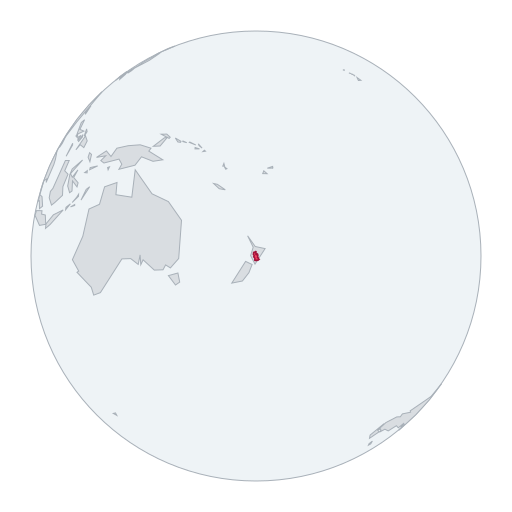 Manawatu-Wanganui on an orthographic globe
{"feature_id": "NZL-3334", "entity_name": "Manawatu-Wanganui", "entity_type": "Regional Council", "adm_level": 1, "iso_a3": "NZL", "parent_name": "New Zealand", "parent_adm1": "", "projection": "orthographic", "projection_center": [175.592, -39.627], "detail": "fine", "context": "on_globe", "style": "filled", "palette": "rose", "viewbox_px": 512, "rotation_deg": 0, "n_neighbors": 0, "source": "natural_earth", "source_scale": "10m", "svg_char_len": 5919}
<svg xmlns="http://www.w3.org/2000/svg" viewBox="0 0 512 512"><circle cx="256" cy="256" r="225" fill="#eef3f6" stroke="#a8b0b8"/><path d="M272.6,166.4L272.9,167.9L272.6,168.1L272.6,166.4ZM401.0,428.4L398.7,430.3L399.7,429.1L404.7,424.2L400.7,426.8L404.1,423.0L398.3,427.8L396.4,425.7L388.2,430.9L384.9,429.2L379.4,432.2L380.9,430.3L380.6,429.0L378.0,429.8L386.0,422.5L396.8,416.9L400.3,416.8L402.4,413.9L410.6,412.2L410.2,410.8L423.8,401.5L431.1,396.4L441.7,383.6L429.5,399.7L415.9,414.7L401.0,428.4ZM358.4,80.5L357.0,77.5L360.9,80.3L358.4,80.5ZM354.1,75.1L355.0,76.2L353.8,75.2L354.1,75.1ZM351.9,74.0L353.5,74.8L351.7,74.2L351.9,74.0ZM348.9,72.9L350.5,73.4L350.3,73.5L348.9,72.9ZM344.2,70.4L342.9,69.8L344.3,69.9L344.2,70.4ZM370.1,435.1L384.1,423.6L377.4,429.9L379.1,431.8L369.5,438.3L370.1,435.1ZM372.4,441.1L370.7,443.9L368.4,445.2L369.1,443.6L372.4,441.1ZM126.9,71.4L125.9,72.4L122.3,75.3L115.5,80.4L120.6,76.0L119.1,77.1L126.9,71.4ZM101.9,91.7L101.5,92.4L95.6,99.4L76.7,122.0L66.2,135.8L64.3,139.1L63.2,139.8L57.1,150.5L55.4,159.4L53.8,164.6L46.1,182.5L46.8,178.9L43.8,180.8L39.9,194.7L42.0,196.6L42.6,206.2L39.5,208.6L39.3,200.7L38.3,201.1L41.0,189.5L42.8,183.1L49.5,166.0L57.5,149.5L66.8,133.8L77.3,118.8L89.0,104.8L101.9,91.7ZM113.3,413.4L115.5,412.9L116.8,415.4L113.3,413.4ZM70.5,206.9L74.7,204.5L74.7,205.5L70.5,206.9ZM66.0,207.3L70.4,203.8L65.6,209.8L66.0,207.3ZM72.2,202.5L76.7,197.2L78.6,194.2L78.5,196.3L72.2,202.5ZM63.2,209.9L50.1,224.5L45.5,228.4L46.0,223.9L53.4,214.8L63.2,209.9ZM45.7,224.3L39.5,225.4L35.0,215.3L36.5,210.6L42.0,210.7L41.6,214.1L45.3,215.0L45.7,224.3ZM62.9,186.6L62.5,195.3L54.7,202.6L51.5,205.1L49.2,197.8L50.4,191.4L52.9,188.4L65.4,160.5L69.2,160.5L64.7,170.8L68.0,174.2L62.9,186.6ZM72.6,145.0L66.1,156.3L72.7,143.2L72.6,145.0ZM77.8,134.4L77.1,137.4L75.9,136.0L77.8,134.4ZM62.2,143.5L59.4,147.5L60.4,145.4L64.5,139.0L62.2,143.5ZM91.0,105.7L87.1,111.7L85.2,114.4L85.8,112.0L91.0,105.7ZM245.6,261.4L252.1,264.5L248.9,272.7L242.4,281.0L231.8,283.1L245.6,261.4ZM175.5,285.0L168.4,275.6L177.9,273.0L179.7,282.1L175.5,285.0ZM250.6,255.6L253.2,247.2L247.6,235.8L255.2,246.5L265.1,248.6L255.0,264.1L250.6,255.6ZM121.9,258.9L100.4,292.6L93.7,295.1L91.3,287.3L77.0,272.3L78.7,271.1L72.4,259.7L82.8,236.3L89.0,209.0L99.5,204.3L104.6,186.8L117.0,182.5L115.9,194.7L131.8,197.2L135.2,169.8L152.0,193.8L168.4,201.6L181.5,220.3L178.7,258.5L170.4,267.9L165.6,264.9L163.0,269.8L154.3,270.1L143.1,259.8L140.8,264.7L140.1,254.9L138.2,264.4L130.7,258.6L121.9,258.9ZM213.6,183.5L217.3,184.3L225.3,189.8L219.2,188.7L213.6,183.5ZM263.8,170.8L267.1,173.7L262.7,173.6L263.8,170.8ZM272.6,168.1L267.3,168.2L272.6,166.4L272.6,168.1ZM224.4,166.8L226.9,168.7L225.7,169.2L224.4,166.8ZM222.8,166.1L223.9,163.4L224.6,166.2L222.8,166.1ZM202.9,151.6L204.4,150.2L205.5,151.2L202.9,151.6ZM81.0,200.1L86.2,189.4L89.7,186.7L81.0,200.1ZM199.5,148.9L195.0,148.9L195.1,147.5L199.5,148.9ZM199.1,145.7L198.3,143.8L202.1,148.1L199.1,145.7ZM189.8,142.0L195.8,145.0L189.3,142.4L189.8,142.0ZM186.8,142.7L182.8,141.6L183.0,141.0L186.8,142.7ZM148.8,151.1L162.8,159.8L153.0,161.3L141.5,156.8L135.0,165.2L118.9,169.3L121.8,164.2L119.0,159.1L103.9,163.0L100.8,160.6L105.7,155.8L96.5,157.4L106.4,150.9L111.0,156.5L116.9,148.2L128.2,145.7L140.2,144.8L151.0,148.2L148.8,151.1ZM107.6,167.5L109.5,166.8L108.1,169.8L107.6,167.5ZM175.3,138.0L181.0,141.3L180.6,142.3L177.9,142.0L175.3,138.0ZM153.3,146.3L164.4,137.8L167.3,137.4L160.1,146.0L153.3,146.3ZM161.2,134.2L166.8,134.1L170.2,137.2L169.1,138.4L161.2,134.2ZM87.3,170.6L87.1,172.9L84.7,172.6L87.3,170.6ZM90.2,167.6L97.7,165.9L89.7,169.7L90.2,167.6ZM70.5,173.7L72.3,177.2L77.9,169.9L73.7,177.5L78.1,182.8L77.0,186.9L72.5,180.9L72.0,191.0L69.6,192.7L67.7,186.0L69.8,174.7L72.2,169.0L82.6,160.0L70.5,173.7ZM89.9,161.7L88.1,157.2L89.6,152.7L91.5,154.4L89.9,161.7ZM83.8,147.6L80.2,144.7L75.9,149.8L85.5,135.9L87.2,140.9L83.8,147.6ZM82.3,137.2L78.2,141.9L83.0,134.5L82.3,137.2ZM77.7,140.7L78.3,137.0L81.0,135.4L77.7,140.7ZM84.2,136.1L86.6,128.9L87.1,131.7L84.2,136.1ZM79.9,129.4L83.9,131.1L76.9,134.4L81.3,122.5L84.6,119.7L79.9,129.4ZM127.7,73.2L129.5,71.3L133.8,68.8L131.4,70.8L127.7,73.2ZM149.4,60.3L135.5,67.6L124.7,74.3L125.9,74.0L119.7,79.4L120.1,77.6L130.9,69.7L138.4,65.5L143.6,61.9L151.5,57.5L156.1,54.5L160.9,52.2L159.1,53.7L149.4,60.3ZM169.7,47.9L174.8,46.0L173.9,46.5L166.3,49.8L163.4,50.8L157.8,53.5L167.3,48.9L169.7,47.9Z" fill="#d9dde1" stroke="#a8b0b8" stroke-width="1"/><path d="M254.7,260.1L254.7,259.9L254.8,259.8L254.8,259.7L254.8,259.4L254.9,259.2L254.9,258.8L254.9,258.6L254.8,258.2L254.7,257.9L254.5,257.6L254.4,257.5L254.1,257.1L253.9,257.0L253.7,256.9L253.7,256.7L253.8,256.6L254.0,256.5L254.0,256.4L254.0,256.2L254.1,255.9L254.2,255.7L254.0,255.4L253.9,255.3L253.9,255.2L253.8,254.9L253.7,254.8L253.5,254.6L253.5,254.4L253.4,254.3L253.3,254.1L253.4,253.9L253.6,253.7L253.6,253.4L253.6,253.2L253.6,252.9L253.6,252.7L253.8,252.7L254.0,252.6L254.1,252.4L254.1,252.2L254.3,252.2L254.5,252.1L254.8,252.1L255.0,252.0L255.1,251.9L255.3,251.8L255.4,251.7L255.6,251.5L255.8,251.5L256.0,251.6L256.1,251.9L256.1,252.0L255.9,252.4L255.8,252.6L255.9,252.8L255.9,253.0L256.0,253.2L255.9,253.3L256.0,253.5L256.1,253.8L256.2,254.0L256.1,254.3L256.0,254.5L256.3,254.7L256.5,254.7L256.8,254.6L256.9,254.4L257.0,254.3L257.2,254.2L257.3,253.9L257.5,254.0L257.6,254.3L257.6,254.6L257.6,254.8L257.5,255.0L257.7,255.3L257.7,255.5L257.8,255.5L257.7,255.8L257.8,255.9L257.8,256.0L257.8,256.3L257.6,256.8L257.6,257.1L257.5,257.4L257.6,257.5L257.9,257.5L258.0,257.7L258.2,257.8L258.2,258.0L258.3,258.1L258.3,258.3L258.4,258.5L258.4,258.8L258.5,259.0L258.9,259.1L259.0,259.2L259.1,259.3L258.9,259.4L258.7,259.7L258.5,259.9L258.4,260.0L258.0,260.2L257.8,260.1L257.6,260.2L257.2,260.3L256.9,260.5L256.7,260.5L256.6,260.3L256.4,260.2L256.3,260.3L256.1,260.4L255.7,260.3L255.4,260.4L255.2,260.4L255.1,260.5L254.9,260.4L254.7,260.2L254.7,260.1Z" fill="#f43f5e" stroke="#9f1239" stroke-width="1.5"/></svg>